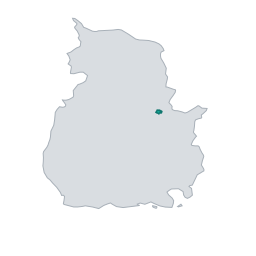 Suong, Kâmpóng Cham, Cambodia shown in context, rotated 287°
{"feature_id": "14789045B38579043699955", "entity_name": "Suong", "entity_type": "district", "adm_level": 2, "iso_a3": "KHM", "parent_name": "Cambodia", "parent_adm1": "Kâmpóng Cham", "projection": "robinson", "projection_center": [105.675, 11.93], "detail": "fine", "context": "in_parent", "style": "filled", "palette": "teal", "viewbox_px": 256, "rotation_deg": 287, "n_neighbors": 0, "source": "geoboundaries", "source_scale": "gbopen_adm2", "svg_char_len": 3401}
<svg xmlns="http://www.w3.org/2000/svg" viewBox="0 0 256 256"><g transform="rotate(287 128 128)"><path d="M216.7,42.9L217.2,45.1L215.8,49.2L214.2,53.0L211.3,56.2L211.2,58.6L210.2,65.8L210.6,68.1L211.3,70.1L212.2,71.1L214.8,78.2L217.1,84.6L219.4,89.8L219.8,93.1L217.7,101.5L215.3,109.3L215.5,113.1L216.5,117.0L217.7,122.1L218.1,128.7L217.5,133.0L216.4,135.7L214.3,138.4L212.5,139.8L210.3,137.5L208.5,137.4L206.2,138.1L204.3,139.1L200.6,143.2L196.4,147.1L190.6,148.1L188.4,150.9L186.0,151.3L181.4,151.5L178.4,152.2L178.6,153.6L178.3,160.5L178.4,162.1L177.9,162.5L175.9,162.7L172.4,161.7L167.6,160.0L164.2,159.7L162.5,162.7L161.5,163.9L160.2,164.1L158.9,164.6L158.4,165.9L158.3,167.6L159.0,170.5L159.2,175.0L159.0,178.1L160.3,180.1L167.5,186.6L169.7,188.3L169.9,189.3L168.6,192.9L169.8,197.9L167.5,197.8L163.7,195.6L161.9,194.3L159.7,195.4L158.9,195.2L157.5,192.7L155.5,190.2L153.5,190.0L149.3,191.0L145.0,191.7L143.4,191.7L142.7,192.1L140.2,195.9L139.1,195.3L134.8,193.8L130.8,193.3L130.0,194.2L130.5,197.3L131.4,200.3L130.8,201.6L128.7,203.2L125.8,206.0L124.0,208.2L122.8,208.8L118.4,208.7L114.0,209.0L112.3,211.0L110.6,212.7L109.2,213.1L103.5,207.9L92.2,206.2L91.0,203.9L89.9,203.4L88.8,206.4L82.6,209.2L80.0,207.5L78.1,205.4L78.4,202.9L80.2,200.8L83.3,199.3L84.7,194.1L82.4,187.4L80.3,185.5L78.1,184.0L75.9,186.4L73.9,190.7L71.9,192.9L69.1,193.4L64.9,193.2L63.3,186.8L62.8,181.4L63.4,175.2L64.0,171.5L60.0,166.4L59.8,161.6L57.9,159.1L57.3,160.4L57.4,161.8L56.8,160.7L50.5,146.6L49.5,140.0L50.6,134.9L51.2,133.2L49.4,130.6L46.9,127.5L42.4,123.6L42.1,117.3L41.1,109.9L39.7,107.4L37.7,102.8L36.6,99.1L36.2,89.1L36.8,88.3L40.0,88.0L44.1,87.3L44.8,85.7L44.1,84.3L46.7,82.1L50.5,77.1L53.4,71.9L55.5,68.7L56.8,65.4L61.0,60.8L66.9,57.7L70.8,56.9L74.9,55.8L78.9,54.3L80.8,54.2L85.7,56.0L88.3,56.5L91.1,56.5L94.0,56.7L96.5,56.5L102.5,55.2L108.9,56.2L114.6,55.4L121.7,53.9L125.1,54.8L128.3,56.3L128.7,59.4L129.4,60.8L130.5,61.8L131.9,61.8L133.7,59.7L135.2,57.5L135.7,57.1L135.8,58.2L136.5,60.6L137.8,62.9L139.2,64.4L141.5,66.5L142.9,66.6L147.8,64.7L155.0,67.5L155.8,68.9L158.2,71.8L160.7,73.8L166.3,74.0L168.3,68.9L167.4,65.8L164.1,60.4L163.3,57.2L164.3,56.7L169.7,56.1L170.6,55.5L171.8,52.0L173.3,52.4L176.3,52.8L179.5,50.4L181.4,47.9L182.4,49.1L183.6,50.8L184.8,51.8L187.1,53.4L189.6,55.5L191.2,57.6L192.5,58.4L195.7,57.8L196.6,57.9L198.4,55.3L199.7,54.0L200.9,54.4L202.5,54.3L205.9,51.1L207.8,48.2L208.8,47.4L211.9,48.8L213.1,48.5L214.8,44.5L216.7,42.9ZM61.2,178.5L60.6,178.8L60.0,178.8L59.4,178.3L59.5,176.0L59.9,174.6L60.9,174.3L61.2,178.5ZM70.6,200.9L69.4,202.5L67.3,199.3L67.4,198.4L70.6,200.9Z" fill="#d9dde1" stroke="#a8b0b8" stroke-width="1"/><path d="M153.7,150.7L153.1,150.6L151.8,150.6L151.8,150.3L151.1,150.2L151.0,151.3L150.9,151.3L150.9,152.7L150.9,153.0L150.7,153.1L150.6,153.3L150.8,153.3L151.0,153.3L151.3,153.4L151.4,153.5L151.5,153.7L151.5,153.8L151.6,154.0L151.8,154.0L152.0,154.1L152.1,154.3L152.2,154.5L152.1,154.8L152.4,154.8L152.4,155.2L152.4,155.4L152.4,155.5L152.5,155.5L152.8,155.5L152.9,155.4L153.1,155.4L153.2,155.5L153.3,155.6L153.5,155.6L153.6,155.4L153.8,155.4L153.9,155.2L153.9,154.9L154.0,154.7L153.9,154.4L153.8,154.2L153.7,154.0L153.6,153.9L153.6,153.7L153.9,153.6L154.1,153.6L154.3,153.2L154.2,152.8L154.2,152.5L153.9,152.5L153.9,152.4L153.8,152.2L153.7,152.1L153.8,151.9L153.7,151.7L153.7,151.4L153.7,150.7Z" fill="#14b8a6" stroke="#0f766e" stroke-width="1.5"/></g></svg>